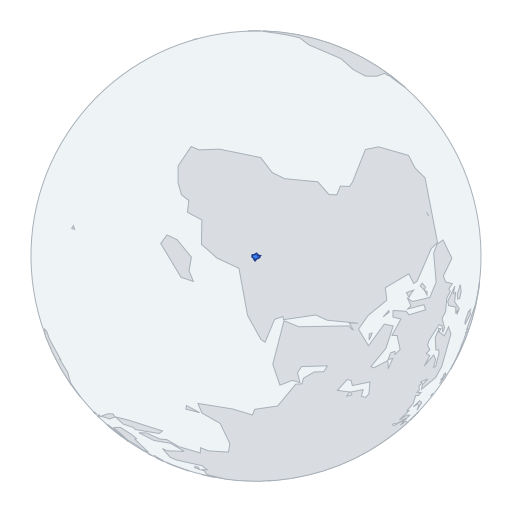 the Earth from above Simiyu, rotated 126°
{"feature_id": "TZA-5585", "entity_name": "Simiyu", "entity_type": "Region", "adm_level": 1, "iso_a3": "TZA", "parent_name": "United Republic of Tanzania", "parent_adm1": "", "projection": "orthographic", "projection_center": [34.096, -3.023], "detail": "fine", "context": "on_globe", "style": "filled", "palette": "blue", "viewbox_px": 512, "rotation_deg": 126, "n_neighbors": 0, "source": "natural_earth", "source_scale": "10m", "svg_char_len": 7115}
<svg xmlns="http://www.w3.org/2000/svg" viewBox="0 0 512 512"><g transform="rotate(126 256 256)"><circle cx="256" cy="256" r="225" fill="#eef3f6" stroke="#a8b0b8"/><path d="M31.8,234.3L32.0,238.6L32.0,248.0L31.7,254.0L32.5,255.4L32.6,259.3L39.6,264.0L46.2,273.3L48.0,287.0L46.4,303.4L54.1,337.2L53.8,349.1L59.8,362.7L70.2,382.7L69.3,382.0L60.2,367.4L52.2,352.0L45.5,336.2L39.9,319.8L35.7,303.0L32.7,286.0L31.1,268.8L30.8,251.6L31.8,234.3ZM70.9,384.5L75.9,391.2L78.7,395.0L70.9,384.5ZM115.9,432.4L114.7,431.4L116.0,432.4L118.2,434.2L115.9,432.4ZM311.9,37.8L315.4,38.7L316.4,39.0L332.1,44.0L347.4,50.1L362.2,57.3L376.4,65.6L390.0,74.9L402.8,85.2L414.9,96.3L426.2,108.4L429.6,112.8L434.1,118.4L434.7,118.8L435.7,120.1L440.1,126.4L447.5,137.4L454.3,149.2L461.6,167.3L460.1,171.4L461.3,175.2L457.6,169.8L457.4,176.5L467.9,200.8L469.2,207.5L466.7,218.5L465.8,213.4L456.2,199.1L457.7,214.9L465.2,230.1L467.8,246.9L463.6,240.6L460.5,225.9L457.0,220.4L455.6,206.4L448.1,185.3L443.7,188.2L441.7,180.1L430.8,163.0L423.1,166.9L412.5,186.5L414.8,207.4L409.4,216.3L393.6,185.2L386.7,165.4L380.8,166.9L364.6,150.3L336.3,148.5L332.4,143.6L327.0,145.7L315.6,140.8L309.8,133.1L302.8,133.6L318.6,154.1L326.0,153.9L332.5,146.1L335.4,153.6L346.4,160.7L333.7,178.8L291.9,195.3L288.1,179.8L257.9,139.7L258.9,135.4L258.8,134.9L258.5,134.0L255.4,141.1L250.3,133.7L266.1,160.7L268.6,173.0L291.3,196.3L289.1,198.7L296.4,203.7L320.5,198.0L320.5,203.3L309.0,227.9L276.0,262.5L280.6,286.4L278.6,307.0L258.6,321.0L260.9,337.1L250.6,343.0L250.3,352.2L242.4,362.2L229.0,371.9L205.5,372.8L203.6,364.4L191.1,348.4L173.6,310.0L179.0,292.0L176.7,278.5L159.7,249.6L163.4,233.1L159.0,226.6L149.8,228.8L144.8,221.2L139.3,221.4L105.5,230.1L95.6,220.9L85.0,191.7L91.4,178.9L93.4,165.2L138.4,117.1L147.1,118.6L181.5,110.9L185.6,112.2L180.6,121.9L205.6,132.7L214.9,124.2L238.5,130.4L254.9,130.1L262.5,112.2L235.7,112.2L232.0,103.9L254.3,96.6L277.9,98.0L277.2,94.9L263.1,87.9L269.4,82.7L258.4,85.2L262.2,88.2L255.4,90.2L251.5,87.7L253.8,85.7L247.0,84.4L237.4,95.1L240.3,99.3L221.8,101.7L224.9,109.3L219.5,113.1L212.4,101.9L213.7,97.7L199.8,87.1L196.7,91.5L209.7,102.1L205.2,101.4L201.1,108.6L200.8,102.6L187.4,91.0L171.3,94.9L149.2,113.9L140.1,116.5L133.1,114.1L142.7,96.2L162.0,92.7L165.6,87.4L163.0,80.9L169.1,80.8L170.4,78.0L177.9,76.9L189.6,69.9L197.3,68.7L203.2,61.3L208.0,60.0L203.2,64.5L203.9,67.6L223.3,66.3L227.4,64.7L229.7,60.2L234.8,60.9L234.5,56.8L246.2,55.2L231.6,54.1L233.9,50.0L241.7,47.0L239.8,45.7L227.1,50.8L224.5,53.1L226.3,55.3L216.7,63.0L209.8,64.6L209.9,56.7L200.1,58.6L204.5,52.5L236.0,40.9L248.5,39.2L266.5,43.7L262.8,45.7L254.6,44.8L261.1,48.8L261.1,46.9L265.3,47.8L268.5,45.0L271.6,45.6L269.4,42.3L273.6,42.7L274.9,44.8L283.3,42.1L292.3,43.0L292.7,42.3L290.6,41.1L303.5,43.6L303.2,43.0L298.9,41.8L295.5,40.0L294.5,38.0L299.0,38.9L300.0,39.8L308.8,43.4L310.7,46.2L312.4,46.4L311.9,44.4L301.1,39.8L299.2,38.4L304.9,40.3L302.7,39.4L303.2,39.1L307.9,39.8L301.9,37.8L301.2,35.3L307.5,36.7L311.9,37.8ZM430.9,114.0L431.1,114.2L427.1,109.5L430.9,114.0ZM122.0,139.8L120.5,143.8L122.0,139.8ZM302.5,109.7L316.9,111.1L310.9,100.3L316.0,100.2L312.1,96.8L310.5,99.5L301.1,90.8L307.5,88.3L306.0,84.2L301.1,83.6L290.9,89.8L304.2,101.9L300.7,106.0L302.5,109.7ZM170.4,66.3L172.4,67.4L168.9,70.5L159.1,73.9L164.1,69.2L170.4,66.3ZM176.2,68.5L179.1,60.7L185.3,59.0L181.3,61.1L185.1,60.7L179.8,64.3L182.9,70.9L180.0,74.2L163.5,77.4L170.5,74.2L168.0,73.1L176.2,68.5ZM175.4,50.2L176.7,48.5L188.5,46.6L185.9,48.5L176.0,51.5L173.2,51.0L175.4,50.2ZM232.7,31.9L232.7,32.0L228.1,32.5L231.3,32.4L224.9,33.1L225.6,33.1L220.5,34.0L215.7,35.2L212.9,35.6L212.2,35.9L208.9,36.8L207.0,37.5L201.3,38.7L198.6,39.8L197.5,39.8L194.3,41.5L194.1,40.8L189.7,42.3L192.2,42.2L166.1,50.0L155.3,54.9L146.4,59.7L147.3,58.7L152.3,56.0L167.6,48.8L183.3,42.8L199.5,37.9L216.0,34.3L232.7,31.9ZM191.0,108.4L194.3,108.6L199.6,107.9L197.1,112.8L191.0,108.4ZM181.6,100.5L184.7,99.7L183.8,105.5L180.3,105.6L181.6,100.5ZM187.1,94.7L184.9,99.2L184.1,96.8L187.1,94.7ZM206.1,63.8L209.5,63.1L209.6,64.1L207.3,65.8L206.1,63.8ZM241.0,34.4L238.9,34.0L240.1,33.8L239.8,32.7L244.6,32.5L246.6,33.0L241.0,34.4ZM257.5,115.2L252.4,118.6L250.1,116.9L252.3,116.0L257.5,115.2ZM223.0,115.2L230.5,117.3L222.2,116.5L223.0,115.2ZM246.1,33.9L245.5,33.4L248.3,33.6L246.1,33.9ZM248.0,32.3L251.5,32.4L245.1,32.3L248.0,32.3ZM341.1,418.4L342.0,421.4L338.7,421.5L341.1,418.4ZM317.3,304.1L301.9,340.4L291.3,340.4L289.2,329.6L294.9,307.6L307.3,301.5L313.4,291.7L317.3,304.1ZM477.3,292.3L477.5,294.3L477.3,295.3L477.3,292.3ZM477.2,287.7L477.8,289.0L476.7,289.8L477.2,287.7ZM478.0,289.6L478.7,288.7L479.0,287.4L478.7,289.6L478.0,289.6ZM476.5,287.0L470.8,283.2L467.8,279.0L469.1,275.4L473.8,278.6L476.5,287.0ZM468.8,275.2L463.6,262.4L452.5,228.8L456.6,230.1L467.3,251.5L466.8,254.6L470.0,264.4L468.8,275.2ZM479.3,260.3L478.6,270.1L475.9,267.2L474.4,264.7L473.5,251.3L474.0,245.2L475.5,246.1L478.0,227.4L479.5,233.8L479.3,241.9L480.4,251.4L479.3,260.3ZM415.8,209.5L421.1,222.6L417.9,224.4L415.8,209.5ZM476.8,213.9L477.3,221.8L476.2,210.7L476.8,213.9ZM474.8,203.2L475.9,207.9L474.6,202.9L474.8,203.2ZM463.3,181.3L461.9,181.6L460.8,178.4L461.9,176.2L463.3,181.3ZM459.5,159.4L463.4,168.3L464.6,171.2L462.0,165.3L459.5,159.4ZM286.0,35.2L281.2,36.5L280.8,38.2L285.6,40.1L276.8,38.5L277.3,35.8L286.0,35.2ZM298.8,35.0L294.6,34.1L297.8,34.6L299.2,34.9L298.8,35.0ZM295.4,34.3L287.7,33.1L286.2,32.8L292.5,33.7L295.4,34.3ZM266.9,32.2L265.1,32.4L262.9,32.2L266.9,32.2ZM444.6,379.2L439.4,384.2L440.0,380.9L444.6,374.4L454.7,353.0L455.0,353.8L460.8,340.0L467.8,331.1L473.4,314.9L468.2,331.8L461.6,348.2L453.7,364.0L444.6,379.2ZM478.1,294.0L477.7,295.9L478.2,292.9L478.1,294.0ZM481.2,251.5L480.8,254.3L480.9,260.9L481.2,258.3L480.9,262.9L480.5,274.2L480.1,277.8L480.7,265.7L479.8,276.9L479.5,276.1L480.0,265.9L480.7,254.5L480.9,250.2L481.2,250.5L481.2,251.5ZM479.2,225.6L479.2,225.2L479.3,227.4L478.8,222.8L479.2,225.6ZM477.8,216.3L478.0,217.7L477.3,214.0L477.8,216.3ZM477.4,214.8L476.3,209.2L476.7,210.6L477.4,214.8ZM475.7,206.0L474.3,201.4L469.3,183.9L469.6,184.3L473.3,196.8L475.3,204.3L475.7,206.0Z" fill="#d9dde1" stroke="#a8b0b8" stroke-width="1"/><path d="M254.6,252.3L254.8,252.3L254.9,252.5L255.0,252.6L255.5,252.7L255.8,252.5L256.0,252.7L256.3,252.7L256.6,252.9L256.8,253.0L257.0,253.2L257.3,253.4L257.4,253.5L257.5,253.6L257.8,253.7L258.1,253.8L260.4,253.9L260.4,254.3L260.1,255.4L260.0,255.6L259.8,255.7L259.7,255.8L259.5,255.7L259.4,255.6L259.2,255.4L259.1,258.3L258.9,258.3L258.8,258.5L258.7,258.6L258.6,258.8L258.6,259.1L258.4,259.2L258.3,259.3L257.6,259.5L257.4,259.6L257.2,259.7L256.9,259.4L256.7,259.1L256.5,258.7L256.4,258.3L256.2,258.1L255.9,258.0L255.6,258.0L255.3,257.9L255.1,257.8L255.0,257.6L254.9,257.6L254.7,257.6L254.4,257.6L254.0,257.4L253.7,257.2L253.4,257.0L253.5,256.7L253.6,256.3L253.7,256.0L253.8,255.8L253.7,255.4L253.8,255.2L254.0,255.1L254.4,255.1L254.5,255.0L254.6,254.9L254.8,254.9L254.7,254.6L254.3,254.4L254.2,254.3L254.0,254.1L253.7,253.7L253.1,252.6L253.3,252.6L253.5,252.6L253.9,252.6L254.1,252.7L254.3,252.5L254.5,252.4L254.6,252.3Z" fill="#3b82f6" stroke="#1e3a8a" stroke-width="1.5"/></g></svg>